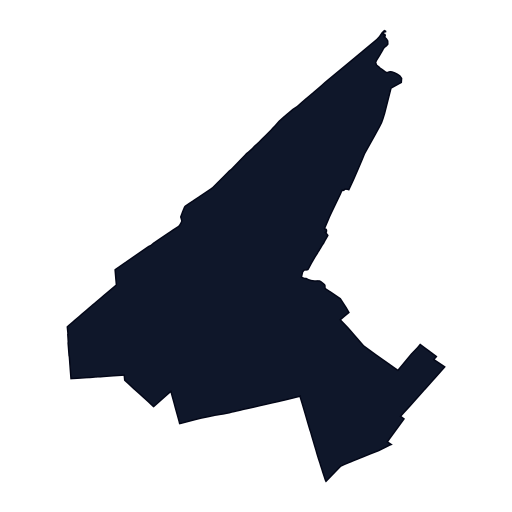 the district of Dobra, Dâmbovita, Romania
{"feature_id": "2599482B42866178812340", "entity_name": "Dobra", "entity_type": "district", "adm_level": 2, "iso_a3": "ROU", "parent_name": "Romania", "parent_adm1": "Dâmbovita", "projection": "robinson", "projection_center": [25.711, 44.799], "detail": "fine", "context": "isolated", "style": "filled", "palette": "ink", "viewbox_px": 512, "rotation_deg": 0, "n_neighbors": 0, "source": "geoboundaries", "source_scale": "gbopen_adm2", "svg_char_len": 5331}
<svg xmlns="http://www.w3.org/2000/svg" viewBox="0 0 512 512"><path d="M326.0,481.3L326.1,481.2L340.6,466.2L344.6,464.3L354.1,460.4L357.9,458.9L360.3,457.9L363.1,456.8L369.4,454.2L371.7,453.3L378.7,450.6L389.6,445.1L391.2,444.5L387.3,441.8L404.0,418.9L400.5,416.3L403.9,412.5L406.8,409.4L409.9,406.0L413.6,401.8L423.2,391.0L424.5,389.5L424.9,389.2L426.3,387.6L432.7,380.4L434.7,378.2L444.7,366.9L433.7,359.5L436.4,356.6L436.1,356.3L423.4,346.9L420.2,344.5L417.6,347.7L411.5,354.0L397.9,370.4L375.8,354.8L363.5,345.8L347.8,327.7L340.2,319.8L344.5,316.1L348.9,312.5L346.2,307.8L340.3,298.7L332.1,293.1L330.0,291.7L329.9,291.7L325.5,288.8L325.0,288.0L324.9,286.7L325.0,286.0L324.6,284.8L323.5,283.8L322.5,283.0L321.0,281.8L319.6,281.0L317.6,280.9L316.1,281.0L314.4,281.0L310.9,280.5L310.1,280.2L308.2,279.6L307.3,279.1L306.1,278.5L304.0,278.4L303.0,277.9L301.4,277.2L302.6,271.9L304.2,270.0L305.8,269.9L306.5,269.9L307.0,269.8L307.4,269.7L307.9,269.5L308.3,268.9L311.4,263.1L313.3,259.8L314.8,257.2L315.8,255.6L317.0,253.8L317.5,253.0L317.6,252.7L317.8,252.3L319.1,250.4L319.5,249.6L319.6,249.2L320.0,248.9L322.2,245.1L323.7,243.0L323.8,242.7L325.2,240.0L325.6,239.4L327.7,235.7L327.8,235.5L327.8,235.3L327.7,235.2L327.1,234.5L326.9,234.2L326.6,233.8L326.1,233.3L325.6,232.6L325.4,232.4L326.2,232.2L326.4,232.0L326.4,231.6L326.4,231.2L326.5,230.8L326.5,230.4L326.4,230.0L326.3,229.7L326.1,229.5L326.0,229.3L325.7,229.2L325.2,229.1L325.0,228.9L324.7,228.8L324.5,228.5L328.8,218.4L329.2,217.3L331.5,212.4L334.0,207.2L335.2,204.7L337.9,199.1L340.4,193.9L341.1,192.2L342.2,190.1L342.8,190.4L343.3,190.4L343.9,190.3L344.2,189.6L344.7,189.3L345.6,189.1L346.0,189.2L346.3,189.2L346.9,189.1L347.8,189.4L348.8,189.7L352.3,182.2L353.9,178.7L355.8,174.3L358.1,169.0L362.1,159.6L364.5,153.7L368.4,146.7L374.6,135.6L379.2,127.2L381.4,122.9L381.8,121.9L383.0,118.5L384.6,113.3L391.0,88.1L401.3,82.4L401.6,78.4L399.8,75.9L397.3,74.2L394.7,72.9L392.2,72.0L390.4,71.7L388.9,72.0L387.4,72.6L385.8,72.3L384.5,71.3L382.4,69.7L381.2,68.9L380.1,68.3L379.4,67.4L376.6,65.2L376.3,64.6L376.1,63.8L375.7,63.2L375.6,62.7L375.9,61.7L376.5,60.3L379.3,55.8L382.7,50.0L383.4,48.5L384.8,47.0L385.9,46.2L386.5,45.7L386.9,45.2L387.6,44.5L387.8,44.1L387.8,43.2L387.7,42.6L387.8,42.0L387.6,40.7L386.7,39.4L386.4,38.9L386.0,38.5L385.4,37.9L384.0,36.8L384.1,36.4L385.1,36.1L385.2,35.8L385.1,34.9L384.8,34.4L384.5,34.3L384.0,34.6L383.6,34.5L383.4,34.1L382.8,33.8L382.9,33.3L383.7,32.7L383.9,32.2L384.4,31.8L385.1,31.8L385.6,31.7L385.6,31.4L385.5,31.1L385.0,31.1L384.6,31.0L384.3,30.7L382.2,32.7L379.5,36.7L376.9,39.5L347.3,64.1L327.7,80.3L325.2,82.4L321.1,86.1L316.2,90.3L306.5,98.5L306.3,98.6L302.5,101.9L297.2,106.6L292.9,109.4L284.0,116.9L279.2,121.2L275.0,126.0L273.0,128.0L272.9,128.1L271.2,130.1L270.4,130.9L269.9,131.4L269.3,132.0L268.7,132.6L268.1,133.2L265.4,135.9L262.8,138.4L261.1,140.1L259.4,141.9L259.0,142.3L255.3,145.6L254.6,146.2L252.6,148.4L252.3,148.7L248.4,152.2L247.9,152.6L247.6,152.8L247.4,152.9L246.9,153.4L246.4,153.7L246.3,154.0L246.0,154.3L231.4,169.4L230.6,170.0L229.2,171.1L227.2,173.2L226.2,174.2L212.6,187.8L212.1,188.1L211.2,188.8L201.7,195.2L189.2,203.5L187.3,204.8L185.4,206.1L185.1,206.4L184.8,206.8L184.5,207.3L182.6,211.9L182.0,213.6L181.2,215.7L180.8,216.8L180.8,217.1L181.2,218.4L181.5,219.5L181.7,220.2L181.8,220.6L181.8,221.0L181.7,221.5L181.4,222.2L181.1,222.8L180.1,224.6L179.3,225.7L178.9,226.2L178.4,226.6L172.9,230.1L170.8,231.6L169.3,232.6L168.5,233.1L161.4,237.9L153.6,243.2L151.3,245.2L151.0,245.4L150.8,245.5L149.3,246.2L148.5,246.6L116.3,268.9L115.2,269.7L115.1,269.8L115.8,278.2L116.4,284.8L116.2,285.1L115.8,285.5L113.3,287.6L112.1,288.6L111.4,289.2L107.6,292.4L104.0,295.4L101.6,297.5L97.7,300.8L94.4,303.6L93.3,304.5L92.4,305.2L91.8,305.8L89.3,307.9L85.5,311.2L81.9,314.2L79.0,316.8L74.8,320.3L72.7,322.2L68.8,325.5L67.3,326.9L68.0,333.7L67.8,334.2L68.3,342.4L68.1,342.8L68.8,351.8L69.1,355.8L69.3,355.9L70.3,369.5L71.0,378.6L74.8,378.4L81.1,378.0L86.6,377.6L89.9,377.5L92.2,377.3L93.0,377.2L95.9,376.9L96.3,376.9L96.8,376.9L97.2,376.8L97.9,376.8L100.4,376.8L102.3,376.6L108.5,376.1L111.4,375.9L113.9,375.7L114.2,375.7L122.3,375.2L124.2,375.1L124.3,376.0L124.7,380.1L125.0,380.5L127.8,383.0L130.8,385.8L134.2,389.0L134.5,389.2L137.3,391.7L139.9,394.0L143.4,397.2L145.2,398.8L148.6,401.9L151.6,404.8L152.0,405.1L153.2,406.3L153.6,406.6L166.1,395.5L170.9,391.3L171.9,395.0L172.5,397.2L174.1,403.0L175.2,407.2L176.7,412.6L177.9,416.9L179.2,421.6L179.6,423.4L179.7,423.6L181.0,423.3L194.7,419.7L201.1,418.1L209.1,416.5L211.3,416.0L213.3,415.6L214.9,415.2L217.1,414.9L220.0,414.4L223.5,413.9L226.9,413.2L229.2,412.8L229.4,412.7L229.8,412.6L231.8,412.0L234.0,411.6L236.8,410.9L237.9,410.7L239.2,410.4L240.9,410.0L241.6,409.8L241.8,409.7L242.8,409.5L243.9,409.2L247.0,408.6L248.8,408.2L253.8,407.1L260.0,405.6L264.5,404.6L272.3,402.8L278.8,401.4L280.4,401.0L284.3,400.1L288.0,399.2L292.9,398.0L296.0,397.2L298.1,396.7L299.1,396.5L300.1,396.1L300.1,396.4L300.3,397.3L301.7,401.9L302.6,404.9L304.7,412.0L306.3,417.5L308.2,424.1L310.2,430.8L310.3,431.0L310.5,431.4L310.8,432.5L311.5,435.0L312.1,437.1L312.9,439.8L313.5,441.8L314.6,445.6L316.0,450.2L317.0,453.8L318.4,458.4L320.1,463.5L320.6,465.3L321.9,469.2L322.7,471.9L324.1,476.1L325.2,479.5L325.7,480.8L326.0,481.3Z" fill="#0f172a" stroke="#020617" stroke-width="1.5"/></svg>